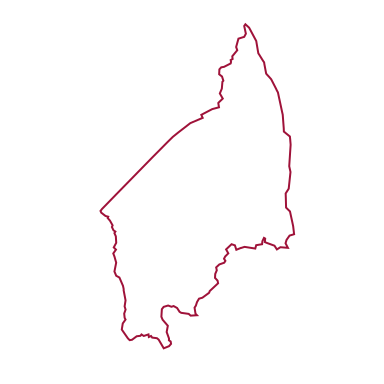 outline of Isabela, Puerto Rico, rotated 66°
{"feature_id": "32010507B24410852555408", "entity_name": "Isabela", "entity_type": "district", "adm_level": 2, "iso_a3": "PRI", "parent_name": "Puerto Rico", "parent_adm1": "", "projection": "natural_earth1", "projection_center": [-66.998, 18.445], "detail": "fine", "context": "isolated", "style": "outline", "palette": "rose", "viewbox_px": 384, "rotation_deg": 66, "n_neighbors": 0, "source": "geoboundaries", "source_scale": "gbopen_adm2", "svg_char_len": 2369}
<svg xmlns="http://www.w3.org/2000/svg" viewBox="0 0 384 384"><g transform="rotate(66 192 192)"><path d="M323.3,281.4L323.5,275.7L322.2,272.9L319.9,272.3L318.1,273.4L316.5,272.6L309.6,272.1L304.4,268.5L296.7,270.8L293.5,270.7L286.8,267.2L285.4,264.6L286.0,260.0L288.5,257.4L288.7,255.2L291.9,252.8L296.4,252.1L298.0,251.0L302.0,244.6L304.4,243.5L306.6,237.6L304.6,238.3L298.7,236.7L297.4,234.7L294.6,232.2L292.3,229.0L292.8,225.5L291.0,217.3L289.7,216.1L286.0,205.3L283.4,204.7L279.8,205.9L276.3,204.1L273.6,201.2L270.7,200.6L269.3,196.5L269.7,191.3L268.5,189.5L266.0,189.9L264.4,187.9L262.8,183.8L258.3,184.2L255.8,177.1L258.2,174.5L262.8,175.0L263.0,170.0L263.1,169.9L263.5,166.3L269.4,157.2L266.7,155.0L268.2,149.2L265.6,147.7L263.2,144.9L264.3,144.1L267.4,145.8L269.0,144.3L274.6,138.5L279.0,137.8L278.4,133.7L282.0,127.1L276.9,127.4L274.2,125.1L271.5,120.6L272.1,115.9L264.4,113.5L260.2,112.6L249.6,110.4L248.6,110.8L244.5,112.4L236.3,109.0L231.4,107.0L228.3,102.3L213.8,93.9L208.0,92.7L189.0,82.7L187.6,82.2L185.0,81.3L184.5,81.1L181.1,80.0L176.2,82.5L175.5,82.8L174.2,83.5L170.9,82.2L158.9,77.9L158.4,77.7L155.4,77.1L143.6,74.6L140.2,73.9L136.0,73.0L133.6,73.2L132.0,73.2L126.6,73.5L123.0,73.7L121.2,73.8L118.0,74.8L115.4,75.7L114.0,76.1L104.7,73.9L102.9,73.4L100.7,73.8L94.9,74.6L94.7,74.6L92.3,75.0L89.1,74.2L80.2,71.9L65.1,73.0L60.5,75.0L61.6,76.8L69.3,78.4L71.5,81.2L70.8,87.2L77.5,92.7L80.9,93.0L84.4,100.0L87.0,100.8L87.2,103.0L89.0,103.4L90.3,104.4L90.7,111.8L90.0,114.6L91.1,117.1L95.5,119.3L98.7,117.6L103.1,118.1L103.7,119.4L109.7,122.7L113.3,126.5L119.2,125.9L121.0,131.0L121.4,131.8L125.6,132.9L124.5,139.8L125.1,149.3L125.3,152.1L128.6,152.1L128.4,165.5L131.9,179.8L133.8,187.0L136.5,194.2L144.4,214.5L163.3,262.1L170.9,281.1L172.1,283.3L174.0,283.3L178.7,280.8L180.5,278.6L181.5,279.6L184.8,278.6L190.2,278.1L191.4,279.4L195.1,279.3L197.0,278.1L198.0,279.6L201.5,279.6L207.6,281.9L210.8,286.0L213.7,284.9L216.1,288.9L219.5,289.1L225.7,290.0L233.1,295.2L237.7,295.3L240.6,293.1L248.0,293.2L249.6,293.2L252.9,293.9L253.9,294.4L264.0,296.8L269.1,300.1L272.4,300.5L275.5,303.4L279.5,304.7L281.5,304.6L283.9,308.7L289.1,312.1L299.6,310.1L302.0,309.2L302.6,306.9L301.3,301.2L302.4,297.6L301.6,296.1L303.9,294.6L304.4,289.7L306.9,290.4L306.9,288.0L308.8,287.6L311.3,283.5L313.3,282.5L323.3,281.4Z" fill="none" stroke="#9f1239" stroke-width="2"/></g></svg>